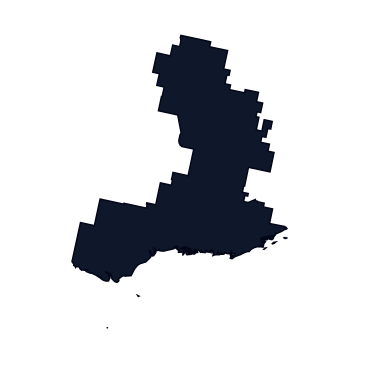 Port Hedland, Western Australia, Australia, rotated 192°
{"feature_id": "25037944B61185375235969", "entity_name": "Port Hedland", "entity_type": "district", "adm_level": 2, "iso_a3": "AUS", "parent_name": "Australia", "parent_adm1": "Western Australia", "projection": "orthographic", "projection_center": [118.535, -20.793], "detail": "fine", "context": "isolated", "style": "filled", "palette": "ink", "viewbox_px": 384, "rotation_deg": 192, "n_neighbors": 0, "source": "geoboundaries", "source_scale": "gbopen_adm2", "svg_char_len": 6092}
<svg xmlns="http://www.w3.org/2000/svg" viewBox="0 0 384 384"><g transform="rotate(192 192 192)"><path d="M186.6,337.7L205.0,337.7L205.0,342.8L235.4,342.9L235.5,340.6L234.3,338.0L234.3,331.6L241.4,331.7L241.5,320.7L255.2,320.8L255.3,301.0L248.5,301.0L248.6,289.0L241.0,288.9L241.0,279.0L241.7,279.0L241.7,264.5L222.0,264.4L214.9,247.6L215.6,245.3L215.6,239.7L214.8,237.4L213.0,235.1L211.4,235.1L211.4,234.4L199.2,234.4L199.2,207.1L214.6,207.2L214.6,199.9L213.6,199.9L213.6,194.3L224.8,194.4L224.8,172.0L234.0,172.0L234.0,170.8L233.3,170.8L233.3,166.7L256.3,166.8L256.3,165.9L280.4,166.0L280.5,138.8L294.7,138.9L294.9,99.0L292.2,96.4L292.4,95.6L290.6,94.9L290.2,94.0L289.6,95.0L286.9,95.4L285.3,93.4L283.6,92.6L282.6,93.1L280.1,93.1L279.7,93.8L278.8,93.7L278.5,94.2L278.1,94.1L278.9,93.5L279.4,93.6L279.6,92.8L278.7,92.2L274.6,91.5L272.5,92.0L272.7,91.6L266.9,90.3L267.2,90.1L263.4,88.7L263.3,89.5L263.7,89.1L264.1,89.5L263.1,89.6L262.9,88.3L260.5,87.3L257.6,87.0L255.1,87.7L254.6,91.7L255.6,92.4L255.6,93.0L254.6,92.1L255.1,94.1L259.6,95.3L259.8,95.8L259.2,96.1L254.7,95.0L253.5,93.6L253.8,94.6L252.2,90.4L248.9,88.3L246.6,88.0L245.3,89.4L245.2,90.6L245.9,90.8L245.9,91.6L242.9,95.0L241.2,96.0L240.0,95.8L239.8,96.5L237.5,97.0L238.0,96.4L234.2,97.5L232.1,105.0L230.1,108.9L227.9,111.1L222.7,114.0L219.3,119.1L218.5,121.2L218.8,120.7L219.0,122.5L220.6,123.3L219.8,124.7L221.1,125.6L220.1,125.5L219.6,124.6L220.1,123.3L218.8,122.8L217.4,121.2L216.3,121.8L215.5,123.6L216.1,124.0L215.2,124.2L214.9,125.3L216.2,126.1L216.6,125.6L216.9,125.8L216.2,126.2L215.2,125.7L214.7,127.0L216.4,128.0L217.2,129.1L218.5,128.2L217.8,129.3L216.8,129.2L216.2,128.2L214.1,127.5L213.8,128.9L213.8,127.7L212.1,128.1L212.4,128.5L212.1,129.0L211.2,127.8L207.7,128.2L198.6,132.4L197.0,133.8L197.8,133.4L198.2,133.8L197.2,134.2L197.2,135.5L195.7,135.8L196.7,134.5L194.4,134.3L195.9,133.6L192.9,132.0L192.7,130.2L187.8,131.5L187.3,130.9L187.6,129.1L188.0,129.2L187.8,128.7L187.4,129.2L186.8,130.8L186.9,131.4L185.5,131.5L185.0,131.8L184.8,132.4L187.0,134.1L188.8,133.5L191.4,134.7L190.8,134.9L189.9,134.0L189.0,134.4L190.0,135.7L188.6,134.3L186.5,134.8L188.3,136.5L189.5,136.4L188.3,136.9L187.6,136.0L187.5,137.2L187.1,136.0L185.7,135.1L186.0,136.7L185.5,137.6L185.8,136.7L185.2,135.1L185.2,135.8L184.6,136.1L185.0,133.9L184.3,135.3L183.7,134.8L183.4,135.9L182.9,136.6L182.4,136.2L182.5,135.4L183.4,135.5L182.9,134.7L183.7,134.1L183.1,132.5L184.1,133.6L184.4,133.2L183.9,132.7L184.5,132.9L183.7,131.8L184.3,130.5L184.9,130.6L184.3,129.7L183.5,129.7L179.4,131.1L181.8,131.0L183.0,132.1L181.9,131.7L181.8,133.0L181.0,133.1L181.8,134.8L181.4,135.2L181.6,134.3L180.3,134.3L180.6,133.5L179.9,133.4L180.9,132.8L180.6,131.9L177.0,133.9L178.4,134.3L177.1,135.4L177.6,136.2L177.0,136.5L176.8,135.5L177.5,134.2L175.2,134.7L174.7,134.2L175.7,133.9L174.8,133.7L173.9,134.1L174.6,135.4L175.8,135.9L175.8,136.3L175.0,136.8L175.5,135.9L173.6,136.6L171.1,134.8L170.3,135.1L170.5,136.3L169.8,135.7L167.9,136.0L169.2,135.8L169.2,135.2L166.5,135.4L165.6,136.6L165.9,138.1L165.0,138.5L165.7,137.7L164.7,136.5L162.1,136.8L161.8,137.5L162.3,138.2L162.1,139.1L162.1,138.1L160.9,136.9L161.0,138.7L160.3,139.7L159.8,137.8L158.3,138.3L158.0,137.9L159.1,137.3L158.1,135.7L158.3,134.2L156.1,135.5L151.6,136.5L154.7,137.3L154.8,137.4L155.0,138.6L154.6,137.4L153.9,138.5L153.8,137.5L152.6,136.9L150.9,138.9L150.7,137.1L147.9,137.8L147.3,139.1L147.9,140.1L146.4,139.2L146.0,139.7L145.4,139.8L145.9,139.4L145.0,139.0L143.0,139.3L144.1,139.3L142.8,139.6L141.2,141.7L140.7,143.4L141.1,141.1L141.8,140.0L137.1,140.8L137.0,139.8L137.6,139.1L139.3,138.6L140.3,139.4L141.0,139.1L138.8,137.7L140.9,138.4L141.2,139.1L140.9,138.1L139.3,137.5L139.7,137.3L139.3,136.3L138.4,137.3L139.1,137.5L137.9,137.8L138.0,136.8L139.4,136.2L140.0,137.4L141.2,138.0L140.6,136.8L140.8,135.2L139.0,135.0L136.6,137.7L130.7,141.4L130.3,142.2L130.6,143.1L129.9,143.0L129.9,142.3L126.0,145.0L123.7,145.7L122.3,148.2L119.9,150.3L116.9,152.0L112.3,152.9L113.1,153.0L112.9,153.7L113.5,153.8L113.8,154.4L112.6,154.1L111.7,152.7L110.9,153.0L111.1,156.9L110.6,157.0L109.8,158.8L111.2,159.3L111.9,156.8L113.4,156.3L112.1,157.0L112.4,157.5L111.8,158.0L113.1,157.6L111.8,158.3L111.1,160.1L112.4,160.4L113.1,161.3L113.8,160.7L113.5,159.8L114.5,159.4L114.3,159.0L114.4,158.6L114.7,159.4L113.7,160.1L114.0,160.6L113.7,161.4L114.7,160.7L114.9,161.8L114.4,161.0L114.2,161.6L113.1,161.7L113.2,163.2L112.9,161.5L111.5,161.3L111.8,161.6L111.9,162.0L111.6,161.8L111.4,162.7L110.9,162.9L111.2,163.1L111.1,163.9L110.9,163.1L110.2,162.8L111.3,162.6L111.0,161.3L110.0,161.3L110.2,160.8L109.6,160.6L108.5,161.0L107.6,162.5L108.6,162.6L109.0,163.1L108.3,162.9L107.9,163.3L109.7,164.4L108.5,163.9L107.6,165.1L107.2,164.9L108.0,163.9L106.2,163.3L106.9,162.9L106.6,162.2L105.0,162.8L105.6,162.0L104.0,162.0L102.9,163.2L102.8,164.5L103.7,165.0L103.6,165.7L104.4,164.8L105.2,164.7L104.4,165.3L105.0,165.3L105.9,166.2L104.8,165.4L104.5,165.8L102.4,165.8L101.4,167.7L102.0,169.0L101.5,169.4L100.8,168.8L96.2,172.1L94.1,174.0L93.9,175.0L92.5,174.9L91.5,176.0L92.8,177.0L93.7,176.7L94.0,177.5L109.6,177.3L109.7,192.2L119.0,192.2L119.1,196.1L126.3,196.1L126.3,196.6L128.6,196.6L128.6,197.7L134.9,193.4L139.6,193.4L139.6,199.6L136.7,199.6L136.7,202.2L142.7,202.2L142.7,208.7L141.8,208.7L141.9,227.9L119.9,227.9L120.0,247.7L126.2,247.7L126.2,254.9L135.2,254.9L135.2,260.9L131.1,260.9L131.1,269.9L128.1,269.9L128.2,277.7L136.4,277.7L136.3,266.1L142.0,266.1L142.1,279.0L145.1,279.0L145.1,284.0L141.4,284.0L141.4,293.7L147.7,293.7L147.7,303.3L161.2,303.2L161.2,299.9L176.6,299.9L176.6,304.7L182.2,304.7L182.2,313.8L180.0,313.8L180.0,318.9L186.6,318.9L186.6,337.7ZM176.2,132.4L177.5,133.4L179.5,131.9L179.0,131.5L176.9,131.8L176.2,132.4ZM99.8,160.4L101.8,159.6L103.1,157.6L100.8,159.1L99.8,160.4ZM108.3,152.6L109.1,152.3L109.7,151.1L109.2,151.3L108.3,152.6ZM91.6,166.8L92.3,166.4L91.2,165.9L91.0,166.1L91.6,166.8ZM222.3,79.1L223.5,79.4L222.8,78.7L222.3,79.1ZM89.1,167.0L89.9,166.8L90.8,166.2L90.4,166.2L89.1,167.0ZM246.5,41.5L246.8,42.2L246.6,41.1L246.5,41.5Z" fill="#0f172a" stroke="#020617" stroke-width="1.5"/></g></svg>